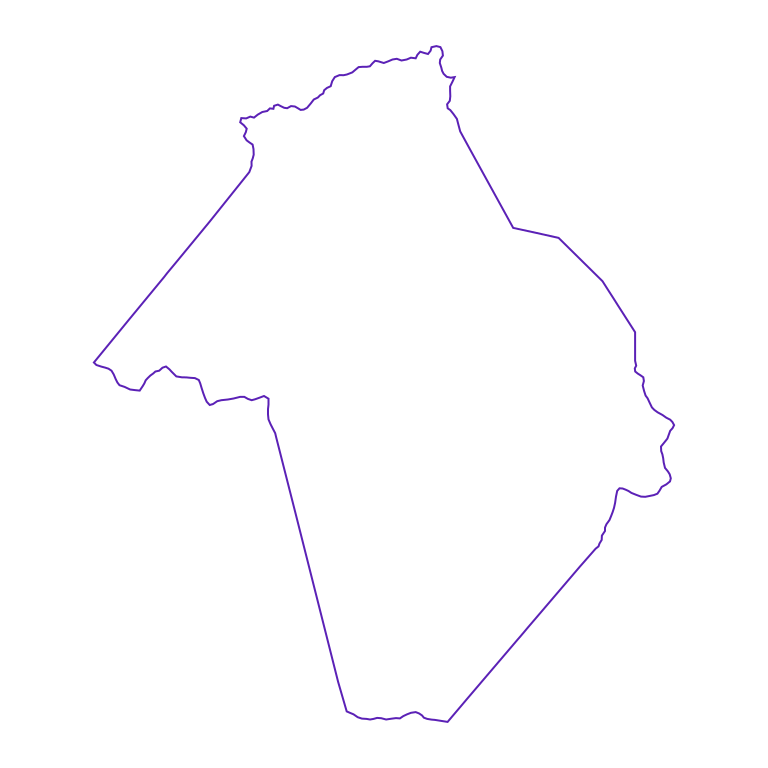 the district of Tucano, Bahia, Brazil
{"feature_id": "56859067B77744280131750", "entity_name": "Tucano", "entity_type": "district", "adm_level": 2, "iso_a3": "BRA", "parent_name": "Brazil", "parent_adm1": "Bahia", "projection": "orthographic", "projection_center": [-38.821, -11.037], "detail": "fine", "context": "isolated", "style": "outline", "palette": "violet", "viewbox_px": 768, "rotation_deg": 0, "n_neighbors": 0, "source": "geoboundaries", "source_scale": "gbopen_adm2", "svg_char_len": 3290}
<svg xmlns="http://www.w3.org/2000/svg" viewBox="0 0 768 768"><path d="M447.6,721.9L467.4,698.5L517.6,639.6L520.9,635.8L528.3,627.0L538.4,615.2L579.8,566.7L595.6,548.7L598.5,546.4L599.5,543.5L601.7,539.9L601.9,535.6L605.0,531.0L605.0,527.6L606.4,524.3L609.5,520.0L611.1,516.1L612.6,512.2L614.0,507.9L615.1,502.9L616.0,496.6L617.2,490.9L619.5,488.3L622.6,488.5L625.7,489.7L628.5,491.0L631.4,492.9L636.1,494.8L641.0,496.6L645.3,496.8L648.9,496.1L653.8,495.1L657.4,493.7L659.5,490.7L661.7,486.9L666.3,484.4L670.0,481.4L670.8,478.3L669.7,474.3L667.9,471.4L665.0,467.9L663.7,462.5L663.2,458.3L662.4,454.4L661.2,451.1L661.0,446.5L664.2,442.6L667.4,438.6L668.9,434.4L670.2,430.8L672.6,428.1L674.1,425.1L672.4,422.0L670.2,419.7L666.3,417.7L662.5,415.0L657.6,412.3L654.3,409.9L651.9,407.4L649.5,402.4L647.6,398.3L645.6,395.6L644.1,391.0L642.7,385.5L643.9,381.0L643.3,377.3L640.5,375.3L637.8,373.6L635.2,371.5L634.8,368.4L636.2,365.7L635.1,360.8L635.1,356.6L635.1,332.2L618.5,306.3L612.8,297.3L607.4,288.9L602.5,281.2L558.6,237.9L536.7,233.0L513.2,227.9L470.4,150.1L460.2,131.4L458.4,124.7L456.9,118.9L453.5,114.1L450.3,110.1L447.7,108.3L447.1,104.3L449.8,100.8L450.3,96.3L450.1,90.7L450.1,86.4L452.7,81.2L454.6,77.1L450.8,77.7L446.7,76.8L443.6,73.8L442.1,70.9L441.3,67.6L439.8,63.0L440.2,59.5L442.9,55.6L442.4,51.2L440.4,47.1L436.4,46.1L431.5,47.2L430.6,50.7L428.0,54.0L424.0,52.9L420.2,51.7L417.4,54.8L415.7,58.3L410.9,57.7L406.7,59.5L401.5,60.5L396.8,58.8L392.5,59.5L388.3,61.3L383.8,63.0L378.2,61.3L375.1,60.8L372.5,63.3L369.9,66.3L366.8,66.8L362.5,66.8L358.6,67.1L355.6,69.6L352.3,72.4L346.9,74.5L343.6,75.2L339.5,75.1L334.8,77.1L332.2,81.2L330.7,86.2L327.0,87.9L324.2,90.2L323.2,93.5L320.1,95.2L317.9,97.5L313.8,99.5L310.8,103.4L307.1,107.8L303.7,109.6L300.6,109.9L298.0,108.3L294.9,106.5L291.0,106.1L287.2,108.2L284.2,107.8L280.9,106.2L277.9,104.6L274.1,105.8L273.4,108.8L269.9,108.4L267.2,111.0L262.3,112.0L257.8,114.6L254.0,117.6L250.3,116.6L246.2,118.4L241.3,118.1L240.2,122.3L243.9,125.3L246.7,128.7L245.8,132.2L243.9,136.1L246.6,140.3L249.1,142.2L252.6,144.6L253.5,149.1L253.7,154.7L252.7,158.5L251.5,161.6L251.6,165.9L249.3,172.1L209.6,221.7L175.9,262.6L167.0,273.3L164.3,276.8L129.0,319.6L93.9,362.5L96.4,365.0L101.3,366.6L105.1,367.6L108.5,368.7L111.5,370.7L113.7,374.4L115.7,379.1L117.4,382.5L119.5,385.2L124.6,386.9L130.1,389.5L134.9,390.1L139.7,390.6L142.6,386.3L144.3,383.5L145.7,380.3L147.8,378.0L150.4,375.5L153.2,373.5L155.4,371.5L159.2,370.7L162.5,367.7L166.0,366.5L169.5,369.4L171.7,371.8L176.3,376.4L181.8,377.3L186.3,377.4L190.4,377.8L194.9,378.1L198.8,380.0L200.2,383.3L201.6,388.0L203.3,393.3L205.0,397.9L206.7,401.7L209.7,405.0L213.1,404.0L217.2,401.2L221.3,400.2L227.9,399.5L233.6,398.5L240.0,396.9L244.4,396.9L247.9,398.9L251.7,400.2L255.0,399.3L259.5,397.7L264.0,396.0L268.5,398.7L268.5,404.7L268.0,409.1L268.0,414.4L268.5,419.4L270.6,424.3L272.7,428.4L275.2,433.2L276.1,437.0L295.7,514.0L316.7,597.1L338.1,681.8L346.7,711.4L350.1,712.9L353.5,714.3L357.7,717.2L361.9,718.6L366.5,718.9L370.1,719.5L373.5,718.9L377.1,717.9L381.2,718.2L386.1,719.5L391.4,718.7L396.0,718.1L399.9,718.4L403.3,716.1L407.1,714.3L411.0,712.8L415.7,712.1L419.0,713.4L422.0,715.4L423.9,717.7L427.2,718.9L431.5,719.6L434.9,719.9L447.6,721.9Z" fill="none" stroke="#5b21b6" stroke-width="2"/></svg>